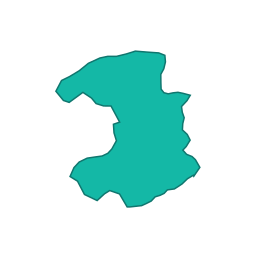 the district of Yesan-gun, South Chungcheong, South Korea, rotated 43°
{"feature_id": "91817680B1629367715088", "entity_name": "Yesan-gun", "entity_type": "district", "adm_level": 2, "iso_a3": "KOR", "parent_name": "South Korea", "parent_adm1": "South Chungcheong", "projection": "equal_earth", "projection_center": [126.793, 36.657], "detail": "fine", "context": "isolated", "style": "filled", "palette": "teal", "viewbox_px": 256, "rotation_deg": 43, "n_neighbors": 0, "source": "geoboundaries", "source_scale": "gbopen_adm2", "svg_char_len": 1094}
<svg xmlns="http://www.w3.org/2000/svg" viewBox="0 0 256 256"><g transform="rotate(43 128 128)"><path d="M209.0,118.4L207.4,107.8L198.9,105.2L194.3,105.2L188.8,107.3L183.2,106.8L183.2,101.9L181.7,94.5L175.7,92.3L169.1,92.3L165.1,87.5L162.1,82.2L157.0,79.5L152.5,75.8L152.5,67.8L151.2,61.6L144.8,65.0L140.2,67.8L137.0,71.5L134.1,75.6L130.2,77.7L125.7,77.0L121.2,72.5L115.4,66.4L113.8,60.3L110.3,54.1L105.4,49.7L99.3,52.1L90.4,59.3L80.9,66.8L79.3,69.7L76.2,75.1L70.7,83.5L64.4,89.3L59.7,96.0L54.9,107.7L53.3,119.3L50.2,130.2L48.1,135.7L47.0,138.6L50.2,150.3L62.0,151.9L67.5,149.4L70.7,132.7L80.9,131.0L88.0,131.9L95.1,128.5L100.6,123.5L117.9,129.4L114.8,135.2L121.1,141.1L128.2,145.2L130.5,154.4L130.5,160.3L128.2,166.1L123.4,172.0L118.7,177.9L115.5,186.2L115.5,193.8L118.7,203.0L127.4,201.3L128.7,201.8L141.5,206.3L154.9,202.1L155.7,192.1L157.3,186.2L166.8,182.0L181.2,186.3L183.5,184.1L190.9,175.5L192.9,170.7L194.8,165.6L194.8,159.8L197.4,155.3L199.0,151.2L199.0,146.4L203.5,140.9L205.7,132.0L206.1,124.5L208.0,118.0L209.0,118.4Z" fill="#14b8a6" stroke="#0f766e" stroke-width="1.5"/></g></svg>